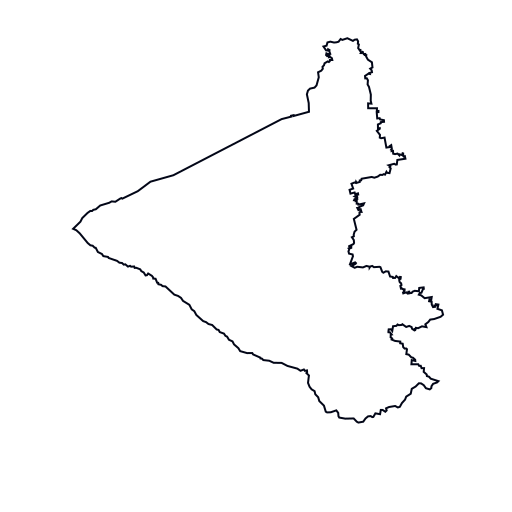 Sleman, Yogyakarta, Indonesia (orthographic projection), rotated 255°
{"feature_id": "22746128B68764842139539", "entity_name": "Sleman", "entity_type": "district", "adm_level": 2, "iso_a3": "IDN", "parent_name": "Indonesia", "parent_adm1": "Yogyakarta", "projection": "orthographic", "projection_center": [110.397, -7.69], "detail": "fine", "context": "isolated", "style": "outline", "palette": "ink", "viewbox_px": 512, "rotation_deg": 255, "n_neighbors": 0, "source": "geoboundaries", "source_scale": "gbopen_adm2", "svg_char_len": 6109}
<svg xmlns="http://www.w3.org/2000/svg" viewBox="0 0 512 512"><g transform="rotate(255 256 256)"><path d="M413.1,418.1L416.7,414.9L420.2,414.0L421.5,414.5L421.9,413.2L422.9,413.7L423.2,412.3L425.1,411.8L426.1,412.3L424.7,410.5L424.9,409.8L425.4,410.3L427.6,409.5L427.8,411.0L428.3,409.3L430.4,408.5L433.7,410.1L434.7,409.3L436.9,410.2L439.1,409.6L439.4,407.3L438.7,405.3L442.7,400.6L442.4,395.3L443.7,393.9L441.6,391.2L441.6,388.9L442.0,386.6L443.8,383.3L443.8,380.3L440.9,378.6L440.9,375.4L436.5,376.9L435.8,378.7L437.0,379.2L435.9,380.3L434.9,379.8L432.1,380.0L432.4,377.8L433.5,376.5L432.0,375.7L430.6,376.5L430.6,378.8L429.1,378.0L429.0,379.2L427.4,380.5L425.6,380.4L426.2,378.1L425.0,377.6L424.5,376.6L425.4,375.6L424.4,372.1L422.7,371.1L421.5,369.2L419.6,369.0L418.1,367.0L417.4,363.5L412.4,362.9L405.1,358.6L403.5,356.1L403.7,351.5L402.3,349.0L399.0,347.0L390.1,346.5L381.6,344.5L381.5,328.7L382.3,328.8L382.4,326.2L381.5,326.2L381.6,316.2L355.4,197.1L355.1,173.3L349.2,158.6L346.0,141.7L346.8,141.0L346.6,139.7L344.8,134.2L346.1,130.7L345.4,128.0L345.1,118.6L342.6,113.4L342.7,110.8L341.9,109.3L342.4,107.6L341.2,104.4L337.6,98.0L334.6,95.3L329.6,86.4L327.4,89.1L323.5,91.6L312.1,96.8L309.2,98.8L308.2,100.9L305.8,102.3L305.4,103.3L300.8,104.3L297.8,107.7L295.4,108.5L293.4,112.8L292.2,113.2L287.2,120.6L284.9,122.3L283.9,124.8L281.9,126.0L281.8,127.6L278.9,129.6L279.1,131.8L278.0,132.6L277.4,135.6L275.9,135.7L275.6,137.3L273.1,140.7L271.1,141.3L269.1,143.3L265.8,144.3L265.7,145.7L267.0,147.3L263.8,150.3L261.9,151.1L260.8,150.9L260.0,153.1L255.8,153.6L255.4,154.6L254.0,154.4L252.7,156.9L251.1,157.9L250.0,160.7L239.8,167.1L237.6,170.4L235.0,172.7L231.5,173.9L226.1,179.0L221.1,180.1L218.7,182.1L214.5,183.1L206.8,188.1L205.0,190.7L202.6,192.5L200.7,195.8L195.2,199.0L194.3,200.7L191.9,201.3L189.3,205.0L186.8,205.8L185.6,207.2L182.1,208.2L179.6,211.2L176.3,211.9L171.6,215.1L168.2,216.1L164.5,222.3L163.2,227.3L161.7,227.7L156.7,233.9L155.9,233.8L155.2,235.3L153.6,236.1L151.4,241.7L148.3,245.4L146.1,253.1L141.7,257.9L136.5,266.8L133.6,269.3L134.0,272.9L132.4,273.5L132.3,275.6L130.5,275.3L129.9,274.4L126.9,276.2L120.0,273.4L115.8,273.9L112.8,275.2L110.3,277.6L107.1,277.5L103.5,279.5L99.5,279.6L93.9,282.9L87.6,283.1L86.5,284.2L85.7,287.8L86.1,293.6L83.2,294.8L79.9,294.2L78.4,294.6L75.8,300.1L73.8,308.3L69.8,310.5L68.6,311.8L68.2,316.7L70.7,319.7L72.1,322.7L71.7,325.3L70.3,326.6L70.2,327.7L73.1,330.6L71.1,334.9L75.0,336.7L74.5,338.5L72.1,340.6L73.0,342.2L75.2,342.2L75.7,345.4L75.1,351.6L73.0,353.8L73.1,355.9L76.2,358.9L78.7,362.8L81.3,364.7L82.9,369.8L87.4,372.1L88.6,376.4L90.9,380.4L90.2,382.5L87.8,384.6L84.3,385.9L82.2,389.3L83.0,391.1L84.8,391.8L86.7,394.0L87.0,398.2L87.9,399.8L92.3,393.0L94.6,391.9L95.8,390.0L97.4,390.2L100.7,388.0L104.2,389.3L104.8,386.9L107.3,386.7L107.6,385.2L109.4,384.7L111.2,378.1L115.1,379.5L113.4,382.7L114.6,382.9L117.1,381.3L117.9,379.8L121.2,378.0L122.3,375.8L126.9,377.7L127.8,377.1L128.1,375.6L129.9,374.6L133.3,375.0L134.4,372.7L136.0,373.2L138.0,368.3L140.2,365.4L141.1,366.2L142.6,365.0L145.2,365.8L145.1,366.7L147.6,365.6L148.1,364.2L148.9,364.4L150.8,365.2L150.3,367.4L148.3,368.2L152.7,370.2L152.2,373.6L153.2,375.0L152.2,376.1L151.7,378.9L152.2,379.7L148.6,382.7L148.8,385.9L147.1,387.9L145.3,387.9L143.1,389.8L143.2,390.5L144.5,390.6L144.4,391.6L145.2,391.9L144.3,393.9L145.1,398.1L143.2,402.2L146.2,401.9L147.6,405.3L149.5,407.8L149.0,411.8L149.5,418.6L150.9,421.5L155.4,421.5L158.0,417.6L161.9,419.6L162.8,417.5L161.5,417.5L162.0,415.7L160.6,415.7L160.8,413.8L163.6,413.2L166.4,413.8L167.5,411.5L169.1,412.3L168.5,414.0L170.9,415.1L171.6,408.0L175.2,405.4L176.5,403.3L177.9,404.7L177.7,406.3L181.0,408.9L180.9,409.6L182.3,409.8L182.9,405.4L179.8,404.2L181.3,400.3L181.0,398.0L180.0,396.7L180.4,394.7L181.9,394.8L182.0,394.0L180.3,393.9L180.4,392.8L182.0,391.7L181.8,388.6L182.7,388.6L182.9,389.9L184.4,389.9L184.4,390.6L185.3,390.9L186.4,388.6L187.4,388.3L187.2,387.6L189.8,387.7L190.3,389.0L192.1,389.1L193.3,388.1L194.9,388.0L196.3,388.3L196.5,389.7L198.2,390.4L198.6,389.6L197.8,388.1L200.3,386.3L198.8,384.7L199.3,382.7L200.4,382.7L201.5,380.2L206.7,379.9L207.6,377.4L206.9,374.7L208.1,373.8L213.0,373.3L213.6,372.5L214.7,367.0L216.3,365.7L216.3,363.7L215.4,362.7L216.3,362.9L217.8,360.1L217.3,356.3L219.4,351.0L219.1,348.3L221.5,345.7L222.7,350.1L223.2,350.7L224.2,350.1L223.6,344.9L222.8,344.0L230.7,349.6L232.5,349.7L234.2,346.5L236.5,346.5L238.7,348.0L239.2,347.7L239.2,350.1L240.5,350.5L240.7,348.5L241.4,348.5L242.3,353.2L243.2,354.1L246.1,354.6L249.3,353.5L249.7,355.6L251.3,355.9L254.0,357.5L255.3,359.9L266.5,360.1L269.0,366.8L271.0,367.1L271.7,368.1L271.3,369.3L274.0,369.2L273.8,366.8L276.2,366.3L276.0,368.3L276.7,368.5L277.2,372.6L278.9,374.0L279.1,368.2L280.0,368.3L280.5,366.8L283.7,367.7L283.5,366.5L284.0,366.6L284.5,365.2L285.4,365.9L285.0,368.6L286.6,368.7L287.0,369.8L287.1,367.6L287.9,366.8L288.0,368.0L288.9,367.9L288.9,370.6L290.1,370.7L290.0,367.8L291.8,367.7L291.8,363.4L295.7,363.5L296.0,367.3L301.1,366.9L301.5,370.2L300.8,371.2L301.8,371.8L300.6,372.1L300.7,375.4L302.1,375.8L301.9,377.2L303.3,378.0L302.4,388.2L301.0,390.6L301.2,394.1L302.3,397.0L301.6,399.0L302.0,400.5L301.2,401.7L303.6,403.8L302.4,404.2L301.5,406.4L305.8,408.8L307.1,408.0L307.9,408.9L309.3,407.6L309.3,413.4L308.1,414.6L308.0,415.7L312.2,417.4L311.3,425.5L313.9,425.6L313.8,424.4L314.5,424.1L317.0,424.7L317.3,424.2L315.7,423.2L317.0,421.0L316.1,420.5L318.3,419.2L318.4,416.7L319.3,415.0L321.9,415.5L322.1,414.6L322.6,415.2L323.7,414.0L324.6,415.0L328.1,415.3L327.5,413.5L326.6,413.4L327.0,410.0L337.1,410.8L337.4,407.3L338.3,406.2L340.9,407.1L345.6,405.1L346.9,408.5L347.5,408.6L347.5,406.8L351.5,407.8L351.9,410.8L353.0,411.2L352.5,414.4L354.1,414.7L355.8,411.2L357.1,411.1L357.5,408.7L363.6,409.8L363.3,411.5L364.4,411.8L364.7,410.2L367.4,411.1L369.7,402.6L374.4,403.8L373.3,406.9L376.3,407.0L382.2,408.7L390.1,408.9L392.8,408.2L396.8,409.6L399.0,409.0L399.3,407.5L401.7,407.9L403.0,411.7L402.4,413.0L403.4,412.9L403.5,415.6L405.4,415.8L407.4,414.8L408.0,417.3L413.1,418.1Z" fill="none" stroke="#020617" stroke-width="2"/></g></svg>